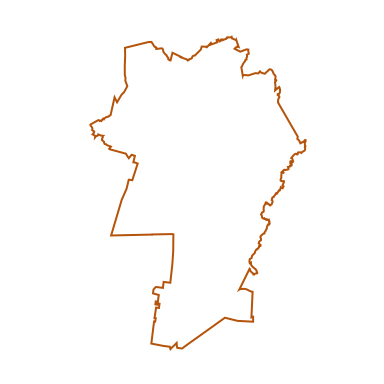 outline of Ocampo, Guanajuato, Mexico, rotated 186°
{"feature_id": "50627088B33469083637440", "entity_name": "Ocampo", "entity_type": "district", "adm_level": 2, "iso_a3": "MEX", "parent_name": "Mexico", "parent_adm1": "Guanajuato", "projection": "robinson", "projection_center": [-101.493, 21.604], "detail": "fine", "context": "isolated", "style": "outline", "palette": "amber", "viewbox_px": 384, "rotation_deg": 186, "n_neighbors": 0, "source": "geoboundaries", "source_scale": "gbopen_adm2", "svg_char_len": 6011}
<svg xmlns="http://www.w3.org/2000/svg" viewBox="0 0 384 384"><g transform="rotate(186 192 192)"><path d="M216.6,37.0L203.9,35.9L197.9,35.8L197.0,33.5L195.2,35.9L194.1,37.0L191.5,40.3L191.1,38.0L190.4,35.5L185.6,35.3L178.5,41.7L146.1,70.4L133.2,68.6L117.7,69.4L118.2,74.4L119.1,74.3L119.8,73.7L121.3,99.1L122.3,99.1L122.7,99.3L123.3,99.3L127.5,100.9L129.5,101.2L132.8,100.7L134.2,100.4L134.7,100.0L126.7,121.7L126.3,121.4L126.6,120.6L126.5,120.2L124.9,119.0L124.4,118.4L122.6,117.3L122.3,116.3L121.7,116.3L121.4,117.0L120.7,117.4L118.7,118.0L118.7,118.6L119.4,119.7L119.4,120.3L121.0,122.2L121.6,122.3L124.0,124.1L125.1,125.1L125.7,126.0L126.0,128.0L127.1,127.3L127.6,128.7L127.6,129.6L127.7,130.1L127.5,131.4L125.9,132.5L125.5,135.1L123.9,137.0L123.1,138.1L123.1,139.3L122.4,140.8L121.7,141.9L120.9,141.9L120.4,143.0L119.6,143.9L119.7,145.0L119.6,145.3L118.7,145.3L118.2,145.6L118.2,146.2L118.3,146.5L120.3,147.8L120.1,149.2L119.5,150.3L118.6,150.9L118.4,151.2L118.4,152.6L119.3,154.2L119.2,155.1L118.2,156.5L117.1,157.6L116.5,158.1L115.7,158.3L115.6,158.7L115.6,159.6L114.8,160.8L114.4,162.3L114.0,162.7L113.8,163.9L113.9,164.8L113.2,167.1L113.0,167.6L112.5,168.0L112.0,167.6L111.8,167.8L111.4,168.8L111.6,169.3L112.0,169.5L112.2,170.5L111.6,171.7L112.0,171.3L112.2,171.6L112.4,171.5L112.4,171.2L113.2,171.9L113.0,172.5L113.8,172.4L114.4,172.6L115.1,172.0L115.4,172.1L115.6,172.8L117.4,172.8L117.6,173.0L117.6,173.4L118.5,173.1L119.7,174.0L119.8,174.3L119.8,174.8L119.9,175.4L121.0,176.9L120.4,178.0L120.4,178.6L120.2,178.9L118.7,180.0L118.7,181.2L119.0,182.4L119.1,185.0L117.8,188.0L117.5,189.4L116.5,189.3L116.1,188.9L116.3,188.4L116.3,188.2L115.1,188.4L114.7,187.9L114.2,187.9L113.4,187.0L112.9,186.8L111.9,187.8L111.4,188.4L110.8,190.8L111.4,192.2L111.9,192.4L111.6,194.6L111.3,195.1L110.3,195.4L110.2,196.1L109.2,197.4L108.4,199.5L107.9,199.8L107.9,199.3L107.7,199.1L107.3,199.2L105.8,202.6L105.6,202.8L105.0,202.6L104.7,203.0L104.2,206.1L102.9,205.3L102.3,205.2L102.2,206.0L101.5,206.8L101.6,207.3L102.2,207.5L102.7,208.1L101.8,210.7L101.6,212.2L101.9,212.5L102.7,212.1L103.6,212.3L103.8,212.2L105.0,212.5L105.2,213.8L104.6,215.6L104.8,216.1L105.0,220.2L104.8,220.6L104.4,220.8L103.7,220.5L103.0,220.6L102.9,220.8L103.3,221.3L104.6,221.5L102.6,223.8L101.3,223.6L100.3,224.1L99.1,224.3L98.5,224.7L98.4,225.3L99.2,226.9L97.5,227.4L97.3,228.5L96.8,228.9L96.1,228.5L95.8,228.6L95.7,229.8L95.9,230.6L96.2,231.0L96.6,231.1L97.2,231.0L97.4,232.7L97.1,232.9L95.4,232.2L94.9,232.3L94.7,232.6L94.6,233.1L94.8,233.5L95.6,233.8L95.3,234.4L95.4,235.1L96.1,236.0L96.8,236.2L95.2,238.6L94.3,239.8L93.2,240.8L92.2,240.7L91.4,240.3L91.0,240.4L90.8,241.0L91.0,241.5L90.7,242.4L88.7,242.8L87.2,242.3L86.9,243.1L84.4,244.9L83.9,246.3L84.0,247.3L84.4,247.9L84.3,248.4L84.4,249.1L84.0,249.4L84.1,249.7L84.4,249.9L85.1,253.0L84.6,253.5L84.3,254.7L84.5,255.5L85.0,255.5L86.5,253.5L87.2,253.2L87.7,252.7L88.4,252.7L89.0,251.8L89.3,251.7L90.6,254.0L91.6,255.1L92.6,255.5L92.8,255.9L92.6,258.1L115.6,289.7L115.5,290.0L115.9,290.7L116.0,292.7L115.4,294.8L115.0,295.4L115.2,296.1L115.9,296.7L115.9,297.5L116.9,297.5L117.0,298.3L115.7,298.9L115.0,300.0L115.1,303.2L115.5,303.8L115.6,304.5L116.3,305.5L120.0,301.7L120.0,303.3L119.6,304.2L119.9,304.4L120.3,307.5L121.0,310.0L120.3,310.8L119.8,311.9L119.9,312.1L120.5,312.2L120.8,311.9L121.1,312.1L120.9,315.4L121.1,315.9L121.9,317.0L122.2,317.1L123.1,318.0L123.5,318.9L123.8,319.2L124.5,320.6L125.2,321.4L125.9,321.9L126.9,322.2L127.8,322.1L132.0,317.2L135.6,317.9L137.0,319.1L138.4,316.9L141.5,316.8L148.0,313.9L150.1,313.9L153.1,313.7L153.5,313.2L153.6,312.8L156.0,321.3L155.3,322.4L155.1,323.4L154.0,326.1L153.0,327.4L152.7,328.9L151.6,329.5L151.9,331.0L151.3,332.3L151.8,334.2L150.0,335.5L151.0,338.9L150.9,339.5L152.6,339.6L158.7,336.6L164.6,338.9L163.8,340.0L162.8,340.8L162.3,340.9L162.0,341.6L160.8,341.2L163.9,347.9L164.0,347.5L166.6,348.5L168.2,348.9L168.8,350.5L169.6,349.9L170.6,349.7L171.6,349.7L172.6,349.5L172.9,349.0L173.6,349.1L173.8,348.6L173.9,348.0L178.4,345.7L177.5,346.9L178.9,346.8L179.4,345.2L180.5,344.6L181.6,346.5L183.4,345.7L182.6,343.5L188.3,340.7L188.0,341.3L188.8,342.3L192.3,337.6L192.8,338.0L193.2,337.7L193.5,338.0L197.6,337.6L198.1,334.6L203.4,328.0L204.0,328.0L205.6,327.1L206.2,325.0L206.8,324.5L207.8,324.2L208.4,323.8L208.5,323.4L210.0,322.3L210.2,322.5L210.2,323.2L210.7,323.2L217.2,324.8L216.9,325.2L226.0,328.4L227.1,320.6L227.9,320.6L229.5,321.6L229.4,322.6L231.2,324.4L231.5,325.3L232.7,326.0L234.9,328.1L235.9,330.8L236.3,331.5L237.4,331.7L242.5,330.5L242.6,331.9L243.8,332.6L244.4,332.5L248.0,337.0L251.2,336.5L273.7,328.4L272.7,320.4L272.1,310.9L271.1,301.6L270.0,298.3L270.0,295.9L267.4,290.5L269.9,284.3L272.3,281.3L275.9,273.4L278.9,278.1L281.0,260.0L281.7,259.4L282.2,259.3L282.7,258.4L283.6,258.1L283.8,257.9L284.9,257.6L285.3,257.4L286.4,256.3L287.3,256.1L288.0,255.7L288.1,255.4L287.7,255.0L288.3,254.9L288.9,254.5L289.0,254.0L289.4,253.9L289.6,253.7L289.7,253.2L290.2,253.4L290.6,253.1L291.2,252.9L291.8,253.6L292.3,253.7L292.8,253.6L299.8,248.7L300.1,248.4L300.1,248.0L299.7,247.4L298.2,245.8L297.9,245.1L297.7,244.4L297.8,243.2L295.6,242.0L295.8,240.5L296.2,240.2L296.6,239.1L296.8,238.9L294.1,237.7L294.1,236.2L293.5,237.1L292.7,237.8L291.8,238.1L291.5,238.4L291.3,239.5L288.4,238.6L286.5,238.6L286.7,238.4L286.4,237.0L286.9,235.9L287.1,234.4L284.7,232.7L284.6,231.9L283.9,230.6L282.6,230.5L282.5,230.3L281.4,229.7L277.4,228.7L278.9,226.3L277.8,225.8L261.7,223.2L260.3,221.2L258.4,219.0L255.9,222.7L252.6,222.0L253.4,215.4L252.0,215.4L249.0,214.6L252.6,197.5L255.9,197.7L256.2,197.5L257.4,188.4L261.1,176.8L267.9,140.3L227.9,145.4L227.5,145.3L227.4,145.6L210.4,147.7L207.1,148.1L206.1,147.9L204.5,131.3L204.0,117.7L204.1,99.5L210.8,99.6L210.9,93.6L217.4,93.8L218.1,93.6L218.8,92.9L219.5,91.7L220.1,91.1L220.2,87.1L214.3,86.1L214.5,79.2L216.6,79.4L216.7,76.4L214.7,76.3L214.6,77.8L212.6,77.5L212.8,73.2L215.6,73.3L216.1,62.7L214.9,62.7L215.1,59.2L216.2,59.2L216.6,37.0Z" fill="none" stroke="#b45309" stroke-width="2"/></g></svg>